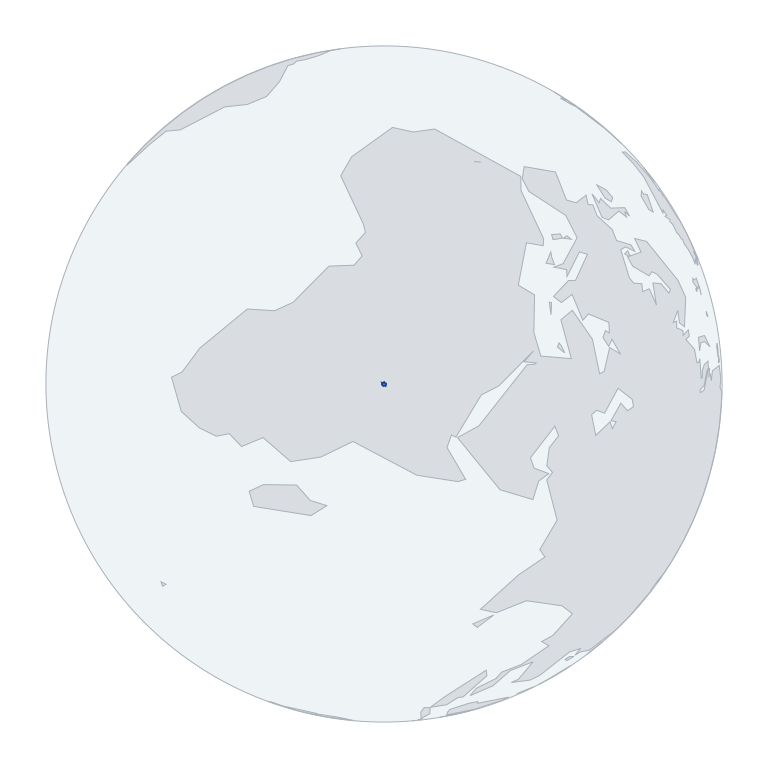 the Earth from above Arua, rotated 75°
{"feature_id": "UGA-3080", "entity_name": "Arua", "entity_type": "County", "adm_level": 1, "iso_a3": "UGA", "parent_name": "Uganda", "parent_adm1": "", "projection": "orthographic", "projection_center": [31.087, 2.968], "detail": "fine", "context": "on_globe", "style": "filled", "palette": "blue", "viewbox_px": 768, "rotation_deg": 75, "n_neighbors": 0, "source": "natural_earth", "source_scale": "10m", "svg_char_len": 7235}
<svg xmlns="http://www.w3.org/2000/svg" viewBox="0 0 768 768"><g transform="rotate(75 384 384)"><circle cx="384" cy="384" r="338" fill="#eef3f6" stroke="#a8b0b8"/><path d="M213.4,92.3L196.9,102.6L182.2,114.1L177.0,118.1L167.9,124.4L168.5,123.7L190.3,107.1L213.4,92.3ZM148.9,141.2L149.0,141.2L153.7,136.8L149.0,141.4L145.7,144.4L148.9,141.2ZM49.1,339.1L48.1,349.4L49.9,361.6L50.3,376.5L49.5,385.2L51.5,388.5L51.6,394.4L64.8,406.6L75.9,423.1L78.6,443.7L75.1,466.1L85.8,515.1L83.4,529.1L92.0,548.6L106.3,575.9L104.3,573.7L91.2,552.8L79.7,531.0L69.8,508.4L61.6,485.2L55.1,461.5L50.3,437.3L47.3,412.8L46.1,388.2L46.7,363.6L49.1,339.1ZM645.3,169.7L647.0,172.1L639.2,162.7L645.5,171.4L652.1,179.3L652.2,178.5L661.0,191.4L671.5,206.5L681.7,224.2L694.3,254.8L693.6,263.8L695.4,269.7L690.4,262.7L690.9,274.3L705.8,309.1L707.8,319.3L705.3,338.3L704.0,330.6L690.9,311.9L693.5,336.2L703.7,356.9L707.3,381.5L701.8,373.6L697.5,352.2L692.8,344.9L690.4,323.6L679.5,292.5L673.6,298.4L670.6,286.0L654.7,261.4L644.3,269.5L630.2,302.5L634.0,334.7L626.6,349.2L603.2,303.4L592.7,273.3L584.3,276.4L560.3,252.0L518.9,251.6L513.0,244.1L505.2,247.9L488.3,240.8L479.3,228.8L469.0,229.9L493.1,261.6L504.1,260.8L513.2,248.1L517.9,259.8L534.2,270.1L516.2,299.3L454.8,326.9L448.9,303.0L402.4,240.7L403.9,233.8L403.7,233.0L403.1,231.6L398.8,242.9L390.8,231.2L415.6,273.7L419.7,292.8L453.9,328.3L450.7,332.1L461.7,339.6L497.2,329.8L497.4,337.9L480.6,375.9L431.5,428.8L438.2,464.0L434.8,494.2L404.5,514.7L407.5,537.8L391.9,546.3L391.1,559.4L378.8,573.5L358.1,586.9L322.5,587.5L320.0,575.7L301.7,552.7L276.2,496.6L284.9,470.7L281.6,450.7L255.9,406.7L261.5,382.2L254.7,372.0L240.6,374.7L232.8,362.7L224.3,362.5L171.7,371.9L156.1,356.4L138.4,309.4L148.2,290.4L150.8,269.1L218.9,198.1L232.5,201.6L285.2,192.2L291.6,194.5L284.5,209.9L323.3,228.7L336.9,215.5L373.0,225.9L397.6,225.3L408.0,196.5L367.7,196.5L361.6,183.0L394.6,171.1L430.0,173.1L428.7,168.0L407.2,156.6L416.1,147.9L399.8,152.2L405.8,157.2L395.8,160.5L389.7,156.3L393.0,153.0L382.6,150.9L369.2,168.5L373.9,175.5L346.1,179.1L351.2,191.6L343.3,197.6L331.8,179.0L333.5,172.2L311.3,153.9L307.0,161.1L327.6,179.4L320.8,178.0L315.1,189.6L314.1,179.8L292.7,159.6L268.2,164.8L235.5,194.2L221.4,197.3L210.3,192.3L223.6,163.5L253.5,160.1L258.7,151.5L253.9,139.9L263.4,140.4L265.1,135.8L276.5,134.7L293.8,123.6L305.6,122.2L313.6,109.4L320.8,107.4L314.0,115.2L315.6,120.6L345.1,119.5L351.1,116.8L353.9,109.0L361.7,110.3L360.7,103.1L378.2,100.4L356.0,98.1L358.7,90.6L369.9,85.2L366.8,82.8L348.6,91.8L344.9,96.0L348.1,100.0L334.6,113.3L324.2,115.8L323.2,101.6L308.4,104.2L314.2,93.5L360.0,73.2L378.4,70.2L406.4,78.9L401.5,82.8L388.9,81.1L399.4,88.7L399.1,85.1L405.5,86.8L409.8,81.4L414.5,82.5L410.4,76.1L416.8,76.8L419.2,80.8L430.9,75.1L444.4,76.2L444.7,74.5L441.3,72.4L460.6,76.1L460.0,74.8L453.4,73.0L448.0,69.5L445.8,65.2L452.7,66.6L454.3,68.4L468.1,75.0L471.6,80.3L474.2,80.6L472.8,76.4L456.0,68.2L452.8,65.3L461.6,68.6L458.1,67.1L458.6,66.2L465.6,67.0L456.3,63.4L452.9,55.4L466.0,57.3L474.2,60.3L479.1,59.8L489.0,62.8L511.5,71.1L533.4,80.9L554.5,92.3L574.8,105.1L594.1,119.3L612.3,134.9L629.4,151.7L645.3,169.7ZM194.7,233.0L192.6,239.2L192.6,239.3L194.7,233.0ZM467.3,191.4L488.5,192.8L479.0,175.4L486.4,174.9L480.5,169.6L478.2,174.2L463.8,160.2L472.9,155.7L470.4,148.9L463.1,148.2L448.7,159.0L469.3,178.5L464.4,185.5L467.3,191.4ZM151.5,138.8L151.4,138.8L151.5,138.8ZM161.1,132.2L153.3,139.8L157.6,135.2L153.5,138.4L157.5,133.5L174.5,120.0L166.1,126.6L161.1,132.2ZM164.1,127.4L163.1,128.3L163.9,127.6L164.1,127.4ZM263.3,114.9L266.8,117.2L261.7,122.3L246.8,126.9L253.9,119.2L263.3,114.9ZM272.8,119.6L276.0,105.8L285.4,103.4L279.6,106.9L285.5,106.6L277.7,112.4L283.6,124.6L279.5,130.2L254.1,133.9L264.7,129.2L260.7,126.8L272.8,119.6ZM267.6,84.2L269.1,80.7L287.6,79.5L284.0,83.1L268.9,87.0L264.2,85.3L267.6,84.2ZM259.2,70.0L251.4,73.3L241.7,77.5L244.8,76.1L259.2,70.0ZM234.7,80.8L233.4,81.5L233.6,81.4L234.7,80.8ZM316.3,52.9L322.2,51.9L326.7,51.1L337.2,49.7L336.5,50.7L341.6,49.8L349.8,49.4L350.3,50.6L343.1,50.7L348.9,52.4L339.1,53.4L340.4,53.5L332.9,55.2L326.1,57.8L321.8,58.1L321.0,59.1L316.0,60.6L313.5,62.1L304.8,63.7L301.0,65.9L299.1,65.4L294.8,69.1L294.1,67.2L287.6,69.6L291.7,70.2L251.4,79.4L235.0,86.4L221.7,93.8L222.3,90.8L235.1,82.6L253.5,73.5L269.2,67.9L266.6,68.1L273.3,65.7L272.6,66.5L277.8,64.0L283.1,62.4L299.5,57.3L303.7,55.8L309.8,54.3L310.8,54.2L316.0,53.0L316.3,52.9ZM344.6,48.4L345.4,48.4L340.7,49.2L326.4,51.0L344.6,48.4ZM299.6,188.7L304.6,189.2L312.8,188.4L309.3,196.2L299.6,188.7ZM284.6,175.0L289.3,173.9L288.3,183.4L283.1,183.4L284.6,175.0ZM292.6,165.7L289.6,173.1L288.1,169.0L292.6,165.7ZM318.4,114.2L323.5,113.1L323.8,114.9L320.6,117.8L318.4,114.2ZM365.4,59.3L362.0,58.3L363.7,57.8L362.6,55.0L369.8,54.5L373.3,56.1L365.4,59.3ZM400.7,201.4L393.2,206.9L389.6,204.3L392.9,202.8L400.7,201.4ZM348.7,201.1L360.3,204.7L347.7,203.2L348.7,201.1ZM373.0,58.4L371.7,57.1L376.1,57.7L373.0,58.4ZM375.0,54.2L380.3,54.6L370.5,54.2L375.0,54.2ZM521.0,646.4L522.1,650.2L517.3,650.6L521.0,646.4ZM492.2,488.6L468.5,541.6L452.7,542.0L450.0,526.6L459.0,494.6L477.5,485.3L486.7,470.7L492.2,488.6ZM716.6,443.8L717.0,440.7L716.9,442.3L716.6,443.8ZM717.4,434.8L717.8,435.7L716.8,438.3L717.4,434.8ZM718.0,435.6L717.9,436.0L718.0,435.1L718.0,435.6ZM716.8,434.8L710.5,433.4L707.0,429.0L708.6,423.2L714.3,425.1L716.8,434.8ZM708.3,423.0L701.8,406.4L686.9,359.4L692.4,360.1L706.7,388.6L706.0,393.5L710.0,406.5L708.3,423.0ZM720.8,394.1L719.8,409.1L717.1,407.2L715.4,404.6L714.4,385.2L715.0,375.6L716.7,376.1L718.7,344.5L720.2,352.8L720.7,366.1L721.7,379.3L720.8,394.1ZM635.5,337.7L643.3,357.0L638.7,360.3L635.5,337.7ZM716.1,322.6L717.5,336.1L715.2,317.9L716.1,322.6ZM712.7,305.6L714.3,312.6L712.6,305.6L712.7,305.6ZM698.5,279.0L696.9,280.4L695.3,275.6L696.3,271.1L698.5,279.0ZM689.5,239.7L695.5,253.3L697.4,257.8L693.7,249.4L689.5,239.7ZM432.5,59.5L426.0,63.3L426.2,67.2L433.7,70.6L420.3,68.1L420.1,62.0L432.5,59.5ZM449.7,55.4L443.1,53.4L447.7,54.0L449.8,54.5L449.7,55.4ZM444.5,54.4L433.1,52.8L430.5,51.6L440.0,53.0L444.5,54.4ZM403.1,53.6L400.6,54.6L397.1,53.9L403.1,53.6ZM661.1,577.4L660.2,578.6L661.9,575.2L668.7,565.2L684.6,534.7L684.8,535.4L693.7,515.1L701.4,499.9L690.2,526.9L676.8,552.8L661.1,577.4ZM721.5,400.5L720.3,416.7L720.3,416.2L721.2,401.2L721.8,383.5L721.8,376.4L721.8,376.2L721.9,381.3L721.9,382.9L721.8,392.3L721.8,392.2L721.5,400.5ZM712.7,305.5L712.1,303.3L704.4,277.0L704.4,276.7L706.3,282.4L710.2,295.8L710.7,297.8L712.7,305.5Z" fill="#d9dde1" stroke="#a8b0b8" stroke-width="1"/><path d="M382.1,385.7L382.3,385.3L382.3,385.2L382.5,385.1L382.6,384.7L382.6,384.4L382.6,384.2L382.4,384.0L382.3,383.9L382.1,383.7L382.0,383.4L382.1,383.1L382.4,383.1L383.0,383.1L383.2,382.9L383.4,382.7L383.6,382.5L383.7,382.2L383.8,382.0L384.1,382.1L384.3,381.8L384.5,381.8L384.8,382.0L385.1,382.1L385.4,382.2L385.5,382.3L385.5,382.5L385.8,382.5L386.0,382.8L386.0,383.0L386.5,383.1L386.3,383.4L386.0,383.7L385.9,383.9L385.9,384.1L385.7,384.4L385.7,384.6L385.7,384.9L385.8,385.1L385.5,385.2L385.4,385.3L385.3,385.5L385.2,385.6L385.2,385.8L385.0,386.0L384.4,386.0L384.2,386.2L383.8,386.2L383.4,386.1L383.4,385.8L383.3,385.6L383.3,385.4L383.0,385.4L382.7,385.5L382.1,385.7Z" fill="#3b82f6" stroke="#1e3a8a" stroke-width="1.5"/></g></svg>